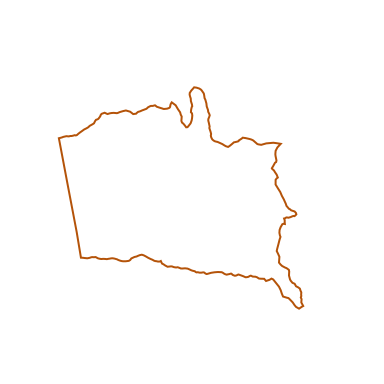 the district of Pemathang, Samdrup Jongkhar, Bhutan, rotated 110°
{"feature_id": "84629894B34482076468426", "entity_name": "Pemathang", "entity_type": "district", "adm_level": 2, "iso_a3": "BTN", "parent_name": "Bhutan", "parent_adm1": "Samdrup Jongkhar", "projection": "robinson", "projection_center": [91.762, 26.895], "detail": "fine", "context": "isolated", "style": "outline", "palette": "amber", "viewbox_px": 384, "rotation_deg": 110, "n_neighbors": 0, "source": "geoboundaries", "source_scale": "gbopen_adm2", "svg_char_len": 4697}
<svg xmlns="http://www.w3.org/2000/svg" viewBox="0 0 384 384"><g transform="rotate(110 192 192)"><path d="M116.4,125.1L117.1,128.8L117.9,132.4L119.6,136.0L120.9,138.8L124.0,143.1L124.3,144.7L124.5,145.7L124.6,147.0L124.0,148.5L123.4,150.1L122.7,151.9L122.5,152.8L122.4,154.3L122.5,156.0L123.0,160.0L123.6,162.9L124.7,163.5L125.8,164.3L127.0,165.2L127.7,165.7L128.4,165.7L129.3,166.9L131.1,169.7L132.3,170.3L133.7,171.1L136.0,172.5L137.3,173.5L137.4,175.9L137.0,178.1L136.6,179.8L136.2,185.1L136.4,186.4L136.5,188.2L136.1,189.8L135.6,191.0L134.1,192.6L132.6,193.6L131.7,193.7L130.7,194.0L128.7,195.4L127.5,196.4L125.9,197.6L124.5,197.8L121.3,199.8L119.4,201.1L117.9,201.6L115.6,201.5L113.8,201.6L112.5,202.7L111.1,204.2L109.5,205.0L106.6,207.4L103.8,208.8L100.6,211.1L99.5,212.3L97.2,213.5L95.4,214.6L94.4,216.0L93.2,217.7L92.7,218.7L92.3,220.5L92.4,223.4L92.9,225.8L94.8,226.5L97.0,227.4L99.7,228.0L101.4,227.5L103.4,226.1L104.5,225.2L107.0,224.1L109.7,222.0L111.4,221.1L112.3,221.3L114.8,221.0L117.4,220.3L118.1,218.9L120.0,217.9L122.6,217.2L125.0,216.8L128.0,216.8L131.3,217.9L132.6,218.4L133.2,219.6L131.9,221.5L130.7,223.6L130.2,225.1L128.8,226.3L126.3,227.0L124.6,227.5L123.1,229.1L121.2,230.4L119.0,233.5L116.1,237.0L114.7,241.7L116.1,242.0L117.0,242.1L118.4,241.9L119.6,241.7L120.4,241.9L121.1,242.5L122.2,243.9L122.8,245.1L123.6,246.8L123.7,247.6L123.7,248.6L123.8,250.1L123.9,253.3L123.9,254.4L123.6,255.1L123.2,256.2L123.5,257.0L124.0,257.5L124.6,258.5L124.9,259.4L125.2,260.1L125.7,260.7L126.7,261.6L127.3,262.2L128.1,262.6L129.1,263.1L129.7,263.6L130.6,264.7L131.5,265.7L132.3,266.7L133.1,267.5L134.2,268.7L135.1,270.0L136.3,270.8L137.5,271.3L138.9,273.9L137.7,277.6L138.0,282.0L139.6,284.5L141.6,287.2L143.1,288.8L143.6,289.5L144.4,292.6L145.3,294.6L146.2,296.2L147.6,298.0L147.6,299.0L147.4,301.2L149.5,303.7L151.2,304.2L152.3,304.1L155.2,305.0L155.9,305.5L157.0,306.9L158.4,307.3L161.0,307.6L162.2,308.5L164.9,310.8L166.6,311.6L168.2,312.9L170.1,314.7L172.2,316.1L174.2,317.5L176.1,318.7L177.8,319.6L178.6,320.5L178.7,321.6L179.8,323.1L180.5,324.2L181.0,325.5L181.9,326.8L182.5,329.1L183.2,330.2L184.3,331.9L184.9,332.5L186.0,334.0L187.0,335.5L189.0,334.3L195.9,330.2L227.9,311.2L269.0,286.7L291.7,273.9L291.1,271.9L290.8,270.4L290.4,268.9L290.1,267.7L288.9,265.7L287.9,264.5L287.4,263.7L286.8,261.8L286.1,260.3L286.3,258.9L286.5,257.7L286.3,255.8L286.0,254.3L285.2,252.6L284.7,251.0L284.2,249.0L283.5,247.9L282.8,246.6L281.9,245.1L281.4,243.8L281.1,242.1L280.9,239.4L281.1,238.0L281.1,235.8L280.9,234.0L280.5,232.6L279.7,230.5L279.0,229.1L278.3,227.8L277.0,226.8L275.2,226.3L274.3,225.4L272.7,223.8L271.5,221.9L270.9,221.4L269.2,219.5L268.1,217.7L268.0,215.8L268.3,213.5L268.8,210.8L269.1,208.1L269.2,205.9L269.5,204.3L269.5,203.0L269.2,201.8L269.0,200.1L268.3,198.4L267.5,197.7L269.5,195.7L269.7,194.0L270.2,192.2L270.5,190.1L270.6,189.4L269.3,186.8L268.8,185.4L268.8,183.3L268.4,181.2L267.6,179.7L267.6,177.4L267.7,176.5L267.3,175.1L266.1,172.5L265.5,169.9L265.6,168.0L265.8,166.1L265.8,164.6L265.5,162.3L265.9,161.3L266.0,160.3L265.4,159.1L265.2,157.3L264.7,155.8L263.9,154.4L263.5,153.3L263.6,152.6L264.0,151.6L264.1,150.3L263.6,149.4L261.4,146.4L259.7,143.3L258.3,140.2L257.2,136.6L257.4,135.1L257.8,133.7L257.9,132.5L257.8,131.1L257.1,130.1L256.6,129.2L255.3,127.4L255.5,126.4L256.0,125.5L256.0,124.6L256.1,123.4L255.6,122.2L254.6,121.1L253.7,120.3L253.6,119.4L253.6,115.1L253.8,112.6L253.3,111.4L252.5,110.1L251.1,108.9L250.5,108.1L250.6,107.0L250.7,105.9L250.4,105.0L249.9,103.4L249.9,101.6L250.4,99.7L250.2,98.5L248.9,94.5L250.3,92.0L248.0,89.1L246.2,87.7L246.4,85.8L251.2,77.9L253.9,75.1L256.8,72.8L259.1,70.7L258.9,66.7L258.7,65.1L259.1,64.1L261.3,59.6L263.2,57.0L264.4,54.9L265.0,51.5L262.5,49.7L261.1,48.5L258.4,51.5L255.2,52.4L253.9,53.7L252.3,53.7L251.5,54.2L248.9,55.0L247.6,56.3L245.9,57.6L245.3,59.6L245.0,62.0L243.1,64.2L243.0,66.5L241.6,68.9L240.6,70.0L237.3,72.3L233.4,73.5L232.0,74.4L231.2,77.2L231.2,78.5L230.7,82.0L229.8,84.1L228.6,86.1L223.0,87.7L220.7,89.9L218.5,92.2L216.4,92.5L211.9,92.9L207.0,93.4L203.9,93.5L202.8,94.5L200.5,95.9L197.7,96.7L194.8,96.7L191.4,96.1L190.5,95.1L190.3,93.8L188.6,94.6L186.9,95.2L185.4,96.4L184.8,95.5L183.7,94.7L183.4,93.9L183.2,92.6L182.6,91.8L181.9,90.8L180.8,89.7L179.9,88.6L179.6,87.4L178.3,86.7L177.3,86.3L176.1,87.2L175.2,88.9L175.3,92.6L174.7,94.0L174.6,95.2L172.7,98.5L170.9,99.9L169.2,101.6L167.7,103.0L164.9,106.2L161.8,109.1L159.8,111.7L156.4,116.0L151.9,117.6L150.3,117.1L149.1,116.3L146.8,118.3L145.0,120.8L143.7,122.4L142.9,124.5L142.4,125.1L140.0,124.6L136.1,124.0L135.1,123.2L133.5,123.4L129.6,125.8L128.0,126.6L124.7,127.5L120.9,127.0L116.4,125.1Z" fill="none" stroke="#b45309" stroke-width="2"/></g></svg>